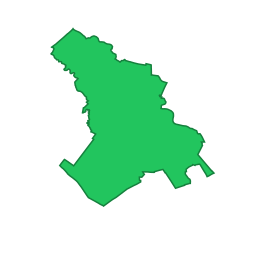 the district of Petresti, Dâmbovita, Romania, rotated 15°
{"feature_id": "2599482B47779361305396", "entity_name": "Petresti", "entity_type": "district", "adm_level": 2, "iso_a3": "ROU", "parent_name": "Romania", "parent_adm1": "Dâmbovita", "projection": "equal_earth", "projection_center": [25.302, 44.657], "detail": "fine", "context": "isolated", "style": "filled", "palette": "green", "viewbox_px": 256, "rotation_deg": 15, "n_neighbors": 0, "source": "geoboundaries", "source_scale": "gbopen_adm2", "svg_char_len": 5417}
<svg xmlns="http://www.w3.org/2000/svg" viewBox="0 0 256 256"><g transform="rotate(15 128 128)"><path d="M202.5,165.3L202.0,163.0L201.1,161.6L199.2,160.9L197.4,159.4L195.4,157.8L195.1,157.0L194.7,155.6L195.1,155.3L195.7,155.0L195.0,153.4L194.9,153.0L194.9,152.7L195.8,151.5L196.2,150.8L197.1,149.7L200.0,147.2L200.0,146.6L200.7,146.6L202.4,146.8L202.5,146.5L203.1,145.9L203.9,145.6L206.2,144.5L206.5,144.4L207.0,144.6L212.5,149.9L214.7,151.9L215.7,152.9L217.0,154.5L218.4,153.4L220.7,151.0L222.7,149.3L220.0,147.6L219.9,147.8L202.3,135.6L204.4,125.7L204.1,125.6L203.7,123.9L202.5,122.6L205.5,121.7L202.1,117.7L200.5,116.1L199.0,114.9L197.5,115.5L196.6,115.2L195.0,112.9L192.2,112.5L190.1,111.9L189.3,112.1L187.9,112.2L185.7,111.4L183.6,111.1L180.5,111.6L175.2,111.8L173.4,111.9L171.7,111.6L170.4,110.8L169.6,109.7L169.2,108.6L169.0,107.1L168.9,105.0L168.6,103.8L168.1,102.4L167.3,101.4L165.3,100.3L162.3,99.7L160.6,99.6L158.2,100.0L156.6,100.5L154.8,100.6L154.8,99.3L154.4,98.0L154.5,97.4L155.2,96.8L156.3,96.1L157.5,95.3L158.0,93.9L157.8,92.9L156.7,92.0L155.7,90.6L155.3,90.3L154.8,90.1L154.4,90.1L153.2,90.5L152.4,90.6L152.3,90.1L152.6,89.4L150.8,89.4L150.8,89.0L150.3,89.0L150.1,88.5L149.9,88.3L150.2,88.0L151.6,88.0L151.9,85.5L152.2,83.5L152.7,80.2L153.2,77.5L153.9,74.3L149.6,74.1L148.9,74.0L147.7,73.4L146.9,72.9L145.7,71.5L143.8,69.9L143.1,69.9L138.7,70.5L137.7,70.5L136.9,70.8L135.2,64.9L134.8,63.7L134.1,61.2L133.9,61.0L128.8,61.2L128.9,62.7L121.5,63.5L117.0,63.6L112.7,63.5L111.7,63.6L110.5,63.5L108.3,63.5L108.0,63.5L107.8,63.1L107.1,62.7L106.7,63.0L106.0,64.0L105.7,64.2L104.5,64.5L104.3,64.6L103.5,66.1L103.2,66.4L101.7,65.8L99.8,65.4L99.5,65.3L99.1,65.0L98.3,64.7L97.7,64.6L98.0,63.9L98.1,62.3L97.9,61.7L97.6,61.1L97.2,60.1L93.7,59.4L93.5,59.1L92.4,58.3L91.7,57.9L91.2,57.0L91.3,56.5L91.4,56.3L92.1,55.7L92.1,55.4L91.8,55.0L91.9,54.9L92.0,54.8L92.0,53.6L91.9,53.3L90.6,52.2L89.5,51.9L88.0,51.9L86.6,52.2L85.4,52.1L85.0,52.1L83.6,51.7L82.7,51.3L82.2,51.3L81.6,51.5L80.9,51.5L79.0,52.0L78.4,52.1L77.9,51.9L77.1,51.2L76.1,49.5L76.0,49.3L75.3,48.8L73.8,48.1L71.7,47.9L71.3,47.9L70.9,48.1L69.6,48.9L68.6,50.0L68.3,50.6L67.9,50.9L67.3,51.1L66.4,51.2L64.4,52.6L62.9,51.2L62.5,50.9L61.9,50.6L60.8,50.3L59.8,49.7L57.7,48.7L56.5,48.2L54.8,47.9L53.7,47.8L51.0,47.3L49.8,46.8L49.2,46.3L49.1,46.6L49.1,46.9L48.6,47.5L48.4,47.9L48.3,48.2L45.6,52.3L45.3,52.5L42.3,57.2L37.2,64.7L37.0,65.1L33.3,69.7L33.5,69.8L34.2,69.8L34.4,69.7L34.5,69.3L34.9,69.3L35.4,70.0L35.5,70.3L35.9,70.5L36.1,70.8L35.9,71.6L35.6,73.7L35.5,74.3L34.5,76.1L34.7,76.5L34.8,76.6L36.1,76.7L36.9,76.9L38.1,77.8L38.4,78.5L38.8,79.0L39.0,79.2L40.4,79.8L41.5,80.6L42.5,80.3L43.1,80.4L43.7,81.3L43.9,81.9L44.1,81.9L46.1,81.2L46.4,81.2L46.7,81.5L47.2,82.6L47.4,82.7L49.8,82.8L50.5,83.3L51.4,83.2L51.6,83.4L51.8,83.7L51.9,84.4L51.7,84.8L52.0,85.5L52.0,85.8L51.9,86.2L51.0,87.6L51.0,88.0L51.4,88.4L52.1,88.7L53.3,88.4L54.1,88.0L55.0,86.7L55.3,86.4L55.7,86.4L56.7,86.8L57.4,87.7L57.5,87.9L57.5,89.0L57.7,89.5L58.0,89.9L58.4,90.1L59.0,90.2L60.1,89.3L61.1,88.7L61.5,88.6L62.1,88.8L62.3,89.2L62.3,89.6L62.0,90.7L62.1,91.5L63.6,92.6L64.8,92.9L66.3,92.9L66.9,93.1L67.0,93.2L64.9,97.0L64.8,97.5L64.9,97.9L65.2,98.6L65.4,99.0L66.0,100.5L66.5,100.8L66.8,101.8L67.4,102.4L68.9,104.6L70.2,105.2L72.5,104.9L72.9,105.0L74.5,105.5L76.5,106.9L77.8,108.1L79.8,108.8L79.9,109.1L79.9,109.8L80.4,110.4L80.5,111.1L81.4,111.7L82.6,112.1L81.2,113.8L83.2,115.0L80.5,119.5L79.7,120.1L79.9,122.3L80.1,125.1L80.5,125.1L80.8,124.9L81.0,124.7L81.0,124.4L82.3,123.8L82.8,123.2L82.9,122.8L82.8,122.6L82.6,122.3L82.6,122.0L82.9,121.2L83.5,120.6L83.8,120.6L83.9,120.8L84.1,120.8L84.1,121.0L84.3,121.1L84.8,121.1L85.2,120.6L85.6,120.4L86.0,120.6L86.3,121.1L86.3,121.3L86.2,121.8L86.4,122.4L86.3,122.5L86.0,122.6L86.5,123.0L86.4,123.7L86.0,123.9L86.2,124.1L86.7,124.2L86.9,124.4L87.1,124.9L87.0,125.3L86.4,125.8L86.4,126.1L86.9,126.9L87.1,127.0L87.1,127.4L87.4,127.8L87.4,128.0L87.6,128.3L87.8,128.9L88.0,129.0L88.3,129.1L88.5,129.4L88.6,129.9L88.5,130.2L87.6,131.1L87.4,131.2L87.3,131.4L87.4,131.7L87.6,131.8L88.2,131.7L88.5,132.0L88.9,132.9L88.9,133.1L88.5,133.3L88.2,133.3L88.0,133.1L87.5,133.3L87.1,133.5L87.1,133.9L87.8,134.3L88.3,134.4L89.0,134.1L89.3,134.4L89.3,134.6L88.6,135.5L88.6,135.8L88.9,136.0L89.9,136.4L90.4,136.8L90.7,137.2L91.2,137.8L91.5,137.8L91.8,138.0L92.0,138.8L92.3,139.1L92.9,139.6L93.4,139.7L93.2,141.2L93.2,141.3L94.2,141.3L98.3,142.2L96.4,147.3L97.8,147.8L85.3,178.6L83.5,177.9L80.2,176.7L79.8,176.7L79.5,176.4L74.8,174.8L74.7,174.9L74.5,175.3L73.6,177.4L73.5,177.7L72.6,179.7L72.4,180.4L71.8,181.9L73.4,182.9L74.9,183.7L75.7,184.0L76.1,184.1L76.5,184.4L78.0,185.3L80.5,187.0L81.4,187.7L81.4,187.8L82.1,188.2L84.4,189.3L87.1,190.3L91.6,192.3L93.3,193.3L95.5,195.1L98.1,197.1L106.2,204.2L107.8,205.5L112.4,206.6L119.6,208.4L119.9,208.6L122.5,209.2L123.1,209.2L123.7,209.4L124.3,209.5L124.6,209.7L130.7,202.1L132.3,200.3L134.1,198.5L135.0,197.4L139.8,191.2L142.8,187.3L148.7,181.9L150.9,180.1L154.2,176.8L153.8,175.4L152.8,175.6L152.5,175.2L151.7,172.5L154.1,171.9L155.8,168.6L154.3,167.4L153.6,166.6L158.1,165.4L161.3,164.9L164.3,164.2L164.9,164.0L165.0,163.8L164.8,163.6L164.8,163.3L166.8,162.2L169.3,160.7L171.9,159.3L172.5,159.0L175.5,161.7L175.8,161.5L180.3,165.5L183.0,167.9L189.5,173.9L191.5,172.6L195.3,170.1L196.4,169.4L197.5,168.7L197.3,168.3L197.4,168.2L200.9,166.2L202.3,165.3L202.5,165.3Z" fill="#22c55e" stroke="#15803d" stroke-width="1.5"/></g></svg>